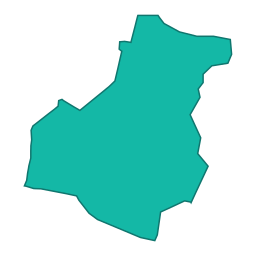 outline of Um Rimta, White Nile, Sudan
{"feature_id": "16777658B63870425694852", "entity_name": "Um Rimta", "entity_type": "district", "adm_level": 2, "iso_a3": "SDN", "parent_name": "Sudan", "parent_adm1": "White Nile", "projection": "albers", "projection_center": [31.887, 14.607], "detail": "fine", "context": "isolated", "style": "filled", "palette": "teal", "viewbox_px": 256, "rotation_deg": 0, "n_neighbors": 0, "source": "geoboundaries", "source_scale": "gbopen_adm2", "svg_char_len": 1091}
<svg xmlns="http://www.w3.org/2000/svg" viewBox="0 0 256 256"><path d="M191.1,202.6L195.9,192.2L200.5,182.4L208.1,166.2L197.7,153.6L200.7,137.8L194.9,125.2L190.1,114.7L200.0,97.3L198.2,89.0L203.1,82.6L203.1,74.2L211.8,65.8L227.9,63.2L231.6,54.3L230.3,39.5L213.6,36.3L196.9,36.3L179.4,31.9L172.3,28.0L164.0,23.5L159.7,17.9L158.0,15.4L149.5,15.4L141.3,15.4L137.9,15.4L137.8,15.6L136.9,19.0L135.1,26.2L130.9,42.4L124.6,41.4L119.7,41.8L119.6,43.5L119.2,48.8L119.2,49.2L121.6,51.1L121.8,51.2L119.7,60.4L117.7,69.2L114.9,81.0L109.3,86.4L108.5,87.1L106.6,88.6L104.7,90.2L99.4,94.5L89.2,102.8L79.9,110.4L74.4,107.2L67.1,102.8L64.8,101.4L63.5,100.6L62.0,99.4L58.7,100.6L58.1,106.2L53.6,109.9L51.1,111.8L47.6,114.5L32.9,126.0L31.1,130.3L31.7,139.9L31.4,142.1L30.9,145.9L30.9,147.7L30.8,150.8L30.8,158.1L28.9,165.8L28.4,168.9L27.6,173.2L26.7,180.4L24.4,185.9L26.1,186.2L33.6,188.5L35.0,188.6L40.9,188.8L66.4,193.7L76.6,195.9L78.9,200.2L89.1,213.3L97.5,219.5L140.5,237.5L154.8,240.6L157.3,234.9L160.6,212.0L184.6,200.9L190.9,202.1L191.1,202.6Z" fill="#14b8a6" stroke="#0f766e" stroke-width="1.5"/></svg>